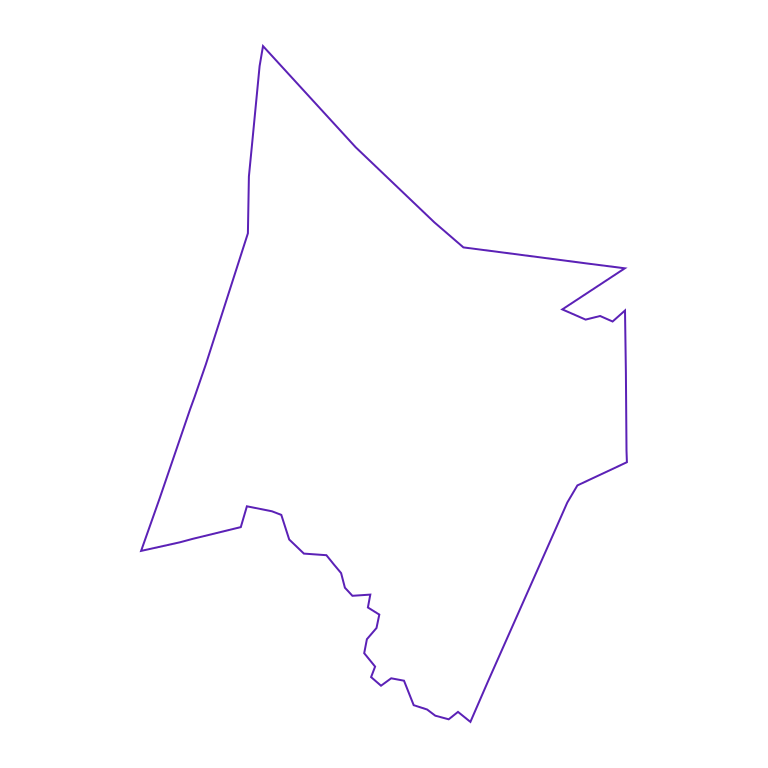 Jurema, Pernambuco, Brazil
{"feature_id": "56859067B8163642250611", "entity_name": "Jurema", "entity_type": "district", "adm_level": 2, "iso_a3": "BRA", "parent_name": "Brazil", "parent_adm1": "Pernambuco", "projection": "robinson", "projection_center": [-36.144, -8.75], "detail": "fine", "context": "isolated", "style": "outline", "palette": "violet", "viewbox_px": 768, "rotation_deg": 0, "n_neighbors": 0, "source": "geoboundaries", "source_scale": "gbopen_adm2", "svg_char_len": 821}
<svg xmlns="http://www.w3.org/2000/svg" viewBox="0 0 768 768"><path d="M470.4,721.9L488.2,680.9L555.3,529.7L567.3,502.5L577.4,485.4L626.9,462.2L626.5,450.5L625.9,373.0L625.0,310.5L612.6,321.5L600.1,316.0L585.6,319.6L562.3,309.4L624.8,268.3L585.6,263.3L463.4,247.4L434.3,222.3L355.6,147.2L263.0,46.1L259.6,66.1L252.3,141.7L248.9,176.5L247.9,233.3L205.9,364.2L194.6,396.9L190.2,409.0L159.6,498.5L141.1,550.9L179.9,542.3L192.9,538.8L240.8,527.1L246.9,506.3L272.0,511.3L281.3,514.9L289.2,539.5L303.9,553.6L326.4,555.2L333.9,564.5L341.1,573.1L344.9,587.7L352.4,595.8L370.3,594.6L367.9,607.5L379.3,614.6L376.5,628.0L366.9,639.2L364.2,653.2L375.1,666.6L371.1,677.1L381.0,685.7L391.2,678.3L404.0,680.7L413.7,705.2L427.1,709.5L435.3,715.7L448.7,719.3L458.0,711.9L470.4,721.9Z" fill="none" stroke="#5b21b6" stroke-width="2"/></svg>